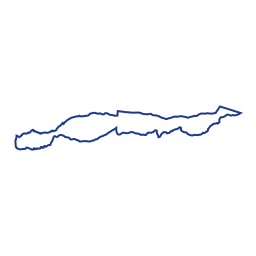 outline of Goicoechea, San José, Costa Rica
{"feature_id": "36466004B79132997728490", "entity_name": "Goicoechea", "entity_type": "district", "adm_level": 2, "iso_a3": "CRI", "parent_name": "Costa Rica", "parent_adm1": "San José", "projection": "orthographic", "projection_center": [-83.99, 9.957], "detail": "fine", "context": "isolated", "style": "outline", "palette": "blue", "viewbox_px": 256, "rotation_deg": 0, "n_neighbors": 0, "source": "geoboundaries", "source_scale": "gbopen_adm2", "svg_char_len": 5787}
<svg xmlns="http://www.w3.org/2000/svg" viewBox="0 0 256 256"><path d="M79.4,115.7L78.8,116.3L76.8,116.3L70.9,117.9L70.3,118.4L69.8,118.6L69.3,119.0L67.6,119.9L64.4,122.6L63.5,124.0L62.8,123.5L62.6,123.1L60.2,125.8L59.4,126.2L58.2,127.1L56.7,129.0L56.4,129.7L56.1,130.2L54.6,130.9L53.6,131.0L52.5,130.7L52.4,130.7L52.4,131.0L52.3,131.3L51.2,131.2L50.8,131.4L50.4,131.7L50.1,132.0L49.6,132.1L48.8,132.6L48.2,132.6L47.6,132.8L46.6,132.8L46.2,132.7L45.6,132.6L43.8,132.6L43.2,132.7L42.1,133.2L41.1,133.2L40.9,133.3L40.8,133.6L40.5,133.7L40.1,133.6L39.8,132.9L37.6,132.6L37.4,132.4L37.3,132.1L35.1,131.6L35.0,131.4L34.9,131.1L33.8,131.1L33.7,130.3L33.1,129.8L32.9,129.8L32.3,130.0L31.6,130.7L30.8,131.2L30.6,131.8L29.9,132.4L29.5,132.7L29.0,132.9L28.7,132.9L28.4,132.6L27.4,133.4L26.2,133.5L25.8,133.7L25.0,133.4L23.2,133.7L21.7,134.9L21.8,135.3L19.5,137.1L16.6,135.7L16.6,136.7L15.4,140.9L15.8,146.9L16.4,147.2L16.7,148.2L19.8,149.4L23.9,148.9L25.3,148.9L26.4,147.6L27.1,147.6L28.7,148.2L30.2,148.7L31.6,149.5L33.3,149.5L33.9,148.3L34.5,148.3L35.0,149.2L35.9,149.1L36.3,149.0L36.5,148.8L36.8,148.4L37.0,148.4L37.3,148.7L37.7,148.8L38.3,148.6L39.8,148.6L40.1,148.5L40.5,147.7L40.9,147.7L40.9,147.1L41.2,147.0L41.9,147.0L42.4,147.3L42.6,147.8L43.5,147.7L43.9,146.7L44.4,146.0L44.9,146.0L45.3,146.5L46.1,146.7L46.5,146.5L46.9,146.0L47.5,145.6L48.1,145.3L48.6,145.1L50.4,144.9L50.5,144.3L50.7,143.7L50.9,143.3L51.0,142.9L51.4,142.2L51.8,141.8L52.4,140.8L52.7,139.4L53.0,139.0L53.3,138.0L53.7,137.1L54.4,136.2L55.2,136.3L56.1,136.8L57.4,136.9L57.9,136.6L58.1,136.3L58.4,136.0L59.4,135.3L59.8,135.1L60.7,135.0L61.0,135.0L63.1,135.5L63.7,135.8L64.5,136.4L64.8,136.8L65.1,137.0L66.2,137.2L67.5,137.4L68.0,137.4L68.7,137.6L69.2,138.0L69.3,138.0L69.7,138.4L70.0,138.9L70.8,139.5L72.0,139.4L72.4,139.3L73.2,139.2L73.6,139.0L74.8,139.0L75.6,139.4L76.5,140.1L77.6,140.1L78.4,140.4L78.8,140.8L78.8,141.0L79.2,141.3L79.7,141.5L81.7,141.4L82.2,141.4L83.6,141.1L86.1,141.1L88.3,141.5L90.4,141.4L91.0,141.2L91.5,140.9L92.0,140.7L92.4,140.6L93.8,140.5L94.0,140.4L94.7,139.8L95.6,139.4L97.1,139.2L100.1,136.9L101.2,136.5L101.7,136.4L102.8,136.0L104.6,135.1L106.0,134.6L106.9,133.9L107.4,133.6L107.9,133.1L108.5,132.7L109.3,132.3L112.0,130.6L112.4,130.2L114.0,129.5L116.3,127.8L116.3,129.7L116.4,131.4L117.3,133.7L117.9,134.3L118.2,134.5L119.6,134.5L120.2,134.3L120.5,134.1L121.5,133.5L122.1,133.1L122.7,132.7L124.0,132.7L124.8,133.1L127.9,133.1L128.9,132.8L130.9,132.1L131.9,132.0L132.7,132.2L133.6,132.5L135.3,133.3L136.7,133.5L137.7,133.5L138.8,133.8L139.6,134.1L140.2,134.6L140.8,134.8L142.3,134.8L142.6,134.7L143.6,134.7L144.4,134.9L145.1,135.0L146.4,134.7L146.6,134.3L146.6,134.0L147.1,133.4L147.3,133.2L148.1,132.9L148.4,132.6L149.7,132.6L151.4,132.8L151.6,132.6L153.1,132.1L153.5,131.7L154.6,130.9L155.1,130.3L155.6,130.3L156.6,130.5L156.8,130.8L156.8,133.0L157.2,133.9L157.7,134.7L158.5,136.8L158.5,137.2L159.5,137.0L160.0,136.7L160.3,136.3L161.1,134.7L161.6,133.8L163.0,132.8L163.4,132.2L166.1,132.3L166.3,132.4L166.5,132.8L167.1,133.3L167.6,133.3L167.9,133.0L168.9,133.0L169.2,132.9L169.5,132.6L169.9,132.1L170.4,131.9L170.6,131.6L170.9,131.3L172.2,131.2L172.5,130.5L174.0,130.0L174.5,129.7L175.4,129.3L176.5,129.2L177.6,128.8L178.3,128.4L178.7,127.9L179.3,127.5L179.9,127.3L180.6,127.5L181.1,128.1L181.1,128.4L180.8,129.1L180.8,129.5L181.1,130.0L181.1,130.3L181.4,130.6L182.5,131.4L183.6,132.0L184.8,132.3L185.9,132.3L186.5,132.6L186.9,133.1L187.0,133.3L187.2,133.6L187.9,134.0L188.4,134.4L189.1,134.7L189.8,134.9L190.2,135.0L191.3,135.4L192.9,135.4L193.5,135.2L193.9,135.0L194.5,134.9L195.6,134.9L196.7,135.1L198.3,135.0L199.2,134.8L200.5,134.6L201.2,134.4L203.0,132.8L203.4,133.0L203.7,133.1L204.1,133.1L204.6,132.9L205.0,132.7L205.7,132.2L206.1,131.8L206.4,131.7L206.7,131.7L207.2,131.4L207.7,130.8L208.0,130.3L208.0,129.2L208.1,128.9L209.0,128.1L209.3,127.5L210.4,126.0L212.4,124.8L212.9,124.1L213.2,123.9L213.8,123.9L214.6,123.6L215.4,123.6L217.0,123.0L217.6,123.6L219.4,122.3L219.3,119.6L219.9,118.4L220.8,117.3L223.2,117.1L226.0,115.6L226.6,114.8L228.0,114.6L231.0,115.6L232.6,115.1L234.6,115.4L235.9,115.2L238.3,114.4L240.6,113.0L230.3,109.7L220.0,106.5L215.6,113.0L211.4,113.7L207.0,113.2L205.8,113.6L203.2,113.6L201.3,113.5L199.6,114.1L199.0,114.4L197.5,115.4L196.7,115.9L196.1,116.0L195.5,116.0L194.9,115.9L194.3,115.8L194.1,116.0L193.3,116.2L192.1,116.6L190.3,116.9L188.5,117.6L187.3,117.6L186.0,117.1L184.1,116.7L183.6,116.6L181.4,116.2L180.4,116.2L178.3,116.6L174.6,116.7L173.1,116.9L172.8,117.0L172.5,117.3L172.0,117.5L171.5,117.6L169.7,118.1L169.4,118.1L166.4,119.1L164.6,118.5L161.8,117.7L160.8,117.2L160.5,117.2L160.3,117.0L159.6,116.7L159.4,116.4L158.2,115.9L157.9,115.9L156.0,115.4L154.5,115.4L154.4,115.3L153.7,115.3L152.4,115.0L151.0,113.8L149.6,113.9L149.1,114.1L148.6,114.1L148.0,114.2L146.2,114.2L144.8,114.1L144.2,114.1L143.4,113.9L142.9,113.9L142.3,113.7L142.2,113.6L141.8,113.5L141.6,113.3L141.2,113.3L141.0,113.1L140.5,112.9L140.2,112.9L139.6,112.7L138.8,112.7L138.6,112.6L135.8,112.6L134.8,112.7L132.5,112.7L132.2,112.7L131.2,112.7L130.4,112.5L128.2,112.3L127.9,112.2L126.4,112.2L126.1,112.2L125.4,112.2L124.3,111.9L123.8,111.9L123.2,111.7L122.6,111.7L122.2,111.6L121.5,111.6L118.9,111.2L118.5,111.2L118.0,111.0L117.8,111.0L117.4,115.6L114.6,115.7L114.0,115.5L112.7,115.2L109.7,114.7L109.4,114.5L108.7,114.2L107.6,113.5L106.7,113.2L105.4,113.2L105.0,113.3L104.4,113.9L103.7,114.3L102.7,114.3L101.2,113.9L100.7,113.6L100.0,113.4L99.4,113.4L99.0,113.6L98.3,113.7L97.5,113.7L96.8,113.5L96.6,113.3L95.4,113.1L95.1,112.9L93.1,112.9L92.1,113.3L90.8,113.4L90.0,113.8L89.5,114.4L88.8,115.0L88.2,115.4L87.8,115.6L86.2,115.8L85.5,115.9L85.2,116.0L84.7,116.0L83.5,116.1L82.9,116.3L81.1,116.4L80.6,116.3L80.2,116.1L79.4,115.7Z" fill="none" stroke="#1e3a8a" stroke-width="2"/></svg>